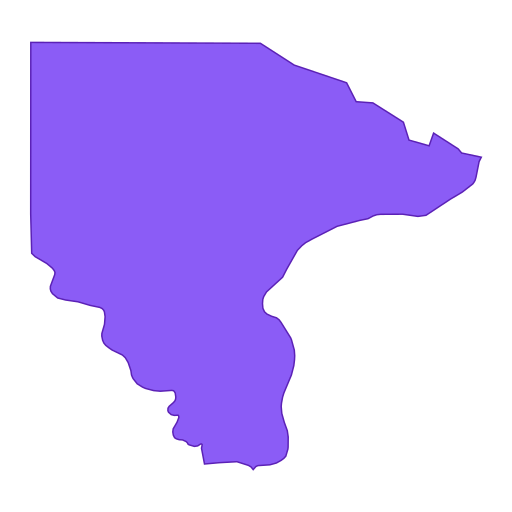 outline of Lee, Iowa, United States of America
{"feature_id": "52423323B84333675271441", "entity_name": "Lee", "entity_type": "district", "adm_level": 2, "iso_a3": "USA", "parent_name": "United States of America", "parent_adm1": "Iowa", "projection": "albers", "projection_center": [-91.454, 40.596], "detail": "fine", "context": "isolated", "style": "filled", "palette": "violet", "viewbox_px": 512, "rotation_deg": 0, "n_neighbors": 0, "source": "geoboundaries", "source_scale": "gbopen_adm2", "svg_char_len": 1969}
<svg xmlns="http://www.w3.org/2000/svg" viewBox="0 0 512 512"><path d="M31.7,253.3L35.2,256.7L46.8,263.5L52.4,268.2L54.3,270.7L55.0,272.6L54.7,274.7L50.4,286.3L50.3,288.9L50.9,291.2L52.5,293.7L57.7,298.0L65.6,300.0L78.0,301.8L90.2,305.4L99.8,307.4L102.2,308.6L103.6,310.1L104.4,311.8L105.1,316.7L104.5,324.3L101.9,333.4L101.8,336.0L102.6,340.2L103.9,343.1L105.8,345.4L108.9,347.8L112.2,350.1L122.4,355.0L125.3,357.7L128.2,362.6L130.9,370.6L131.5,374.9L132.2,376.7L133.1,378.6L137.2,383.8L142.5,387.1L145.4,388.4L153.7,390.6L160.3,391.2L171.7,390.4L173.5,390.7L174.3,391.5L175.2,393.0L175.8,397.0L175.6,399.1L175.0,400.7L173.5,402.5L169.2,406.3L168.0,408.2L167.9,410.7L168.5,412.2L171.2,414.6L174.3,415.4L178.1,415.2L178.7,416.1L178.8,417.6L177.0,422.3L173.2,428.8L172.8,431.9L173.3,435.1L174.6,437.7L176.3,438.8L179.2,439.7L182.5,439.9L186.2,441.6L187.4,442.8L187.9,444.0L189.0,444.8L194.4,446.4L197.7,445.9L200.6,444.0L201.6,444.0L202.1,444.5L202.0,445.8L201.5,448.2L204.5,464.0L219.0,462.7L236.9,461.7L248.5,465.4L251.0,466.9L253.2,469.6L255.9,466.5L257.9,465.6L269.9,464.8L276.4,463.0L281.1,460.4L283.8,458.4L285.8,456.2L287.9,449.1L288.1,447.1L288.2,437.0L287.3,430.7L284.3,422.4L281.8,413.5L281.2,406.5L281.5,403.1L282.6,397.1L283.9,392.9L291.4,375.0L293.8,365.7L294.5,359.9L294.7,355.8L294.3,350.1L291.5,339.9L290.7,337.9L281.1,322.5L279.1,319.8L276.5,317.8L271.7,316.3L267.0,314.1L264.5,311.8L262.9,308.3L262.5,303.6L262.8,299.4L263.7,296.6L266.5,291.9L282.6,277.2L286.7,269.2L297.4,250.3L301.8,245.7L305.7,242.6L312.4,238.9L337.1,226.3L359.7,220.4L368.0,218.7L373.0,216.0L376.8,214.7L380.7,214.3L402.6,214.2L417.9,216.4L426.0,215.3L427.2,214.5L450.3,199.2L462.4,192.0L472.8,183.9L473.9,182.4L475.1,180.3L476.0,177.2L479.1,161.6L481.3,157.2L461.6,153.0L458.2,148.9L433.6,133.1L429.1,145.8L409.0,140.1L403.4,122.2L372.9,102.9L356.2,101.7L346.6,82.8L294.2,65.1L260.4,43.3L30.8,42.4L30.7,214.0L31.7,253.3Z" fill="#8b5cf6" stroke="#5b21b6" stroke-width="1.5"/></svg>